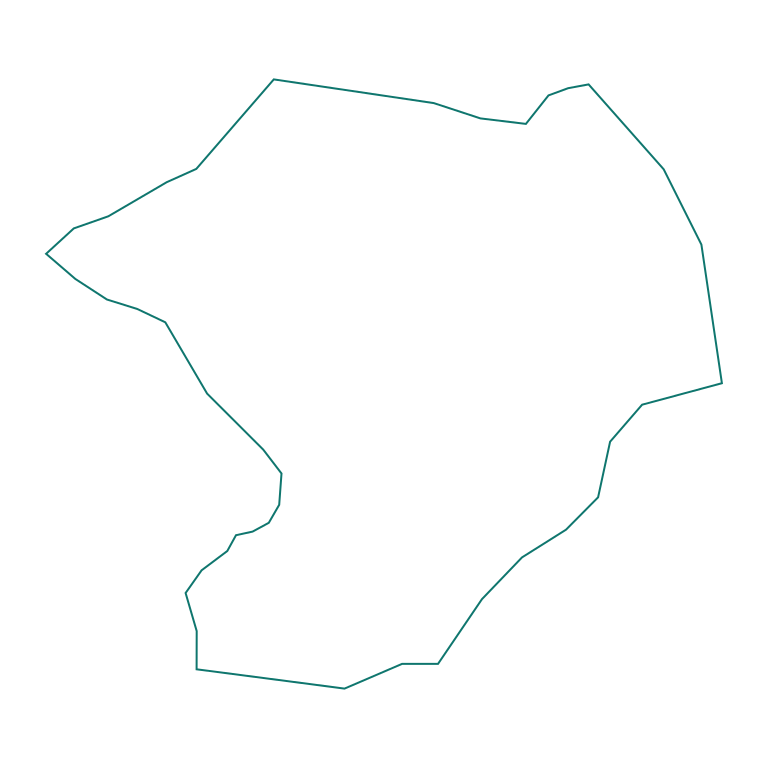 Kyankwanzi, Natural Earth projection
{"feature_id": "UGA-5602", "entity_name": "Kyankwanzi", "entity_type": "District", "adm_level": 1, "iso_a3": "UGA", "parent_name": "Uganda", "parent_adm1": "", "projection": "natural_earth1", "projection_center": [31.594, 1.103], "detail": "fine", "context": "isolated", "style": "outline", "palette": "teal", "viewbox_px": 768, "rotation_deg": 0, "n_neighbors": 0, "source": "natural_earth", "source_scale": "10m", "svg_char_len": 611}
<svg xmlns="http://www.w3.org/2000/svg" viewBox="0 0 768 768"><path d="M588.6,84.4L663.7,169.3L701.4,244.6L721.9,383.2L642.1,404.7L610.1,441.7L598.1,497.3L566.0,529.7L522.0,557.4L482.0,599.1L438.0,663.9L402.0,663.9L344.5,688.6L196.6,669.3L196.7,631.1L185.6,593.0L201.6,570.3L227.3,551.0L236.0,535.2L252.6,531.6L268.8,522.8L279.2,504.8L281.5,473.5L263.3,449.7L207.1,393.6L165.3,322.3L137.3,309.0L106.9,299.5L75.4,279.0L46.1,253.8L73.8,228.4L108.3,216.3L166.7,182.2L196.3,168.9L273.8,79.4L433.8,103.1L480.4,118.4L525.9,123.9L548.5,95.4L568.1,88.2L588.6,84.4Z" fill="none" stroke="#0f766e" stroke-width="2"/></svg>